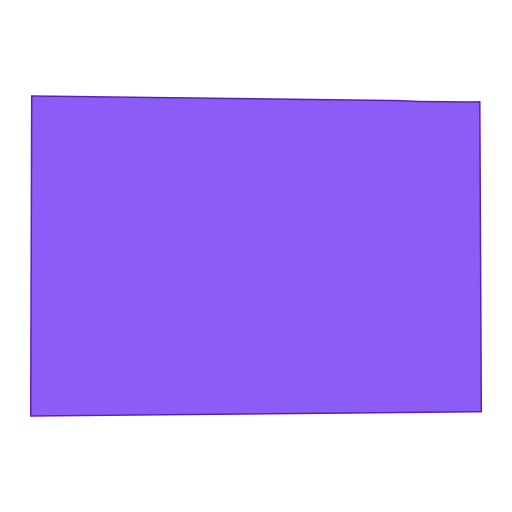 the district of Dimmit, Texas, United States of America
{"feature_id": "52423323B99675237938488", "entity_name": "Dimmit", "entity_type": "district", "adm_level": 2, "iso_a3": "USA", "parent_name": "United States of America", "parent_adm1": "Texas", "projection": "orthographic", "projection_center": [-99.607, 28.423], "detail": "fine", "context": "isolated", "style": "filled", "palette": "violet", "viewbox_px": 512, "rotation_deg": 0, "n_neighbors": 0, "source": "geoboundaries", "source_scale": "gbopen_adm2", "svg_char_len": 225}
<svg xmlns="http://www.w3.org/2000/svg" viewBox="0 0 512 512"><path d="M471.5,102.0L418.9,101.5L398.1,100.6L31.7,96.0L30.7,416.0L481.3,411.7L479.8,101.8L471.5,102.0Z" fill="#8b5cf6" stroke="#5b21b6" stroke-width="1.5"/></svg>